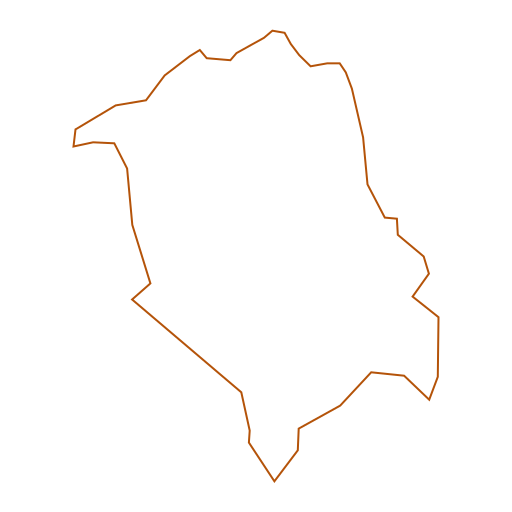 outline of Librazhd, Elbasan, Albania
{"feature_id": "67620474B87569046172350", "entity_name": "Librazhd", "entity_type": "district", "adm_level": 2, "iso_a3": "ALB", "parent_name": "Albania", "parent_adm1": "Elbasan", "projection": "albers", "projection_center": [20.392, 41.155], "detail": "fine", "context": "isolated", "style": "outline", "palette": "amber", "viewbox_px": 512, "rotation_deg": 0, "n_neighbors": 0, "source": "geoboundaries", "source_scale": "gbopen_adm2", "svg_char_len": 682}
<svg xmlns="http://www.w3.org/2000/svg" viewBox="0 0 512 512"><path d="M164.7,75.4L146.0,100.3L115.7,105.4L75.5,129.4L73.5,146.5L93.1,142.3L114.3,143.3L127.1,168.5L132.3,224.9L150.4,283.4L132.1,299.5L241.3,392.3L249.7,430.6L248.9,442.6L274.4,481.3L297.8,450.3L298.7,428.6L340.2,405.6L371.2,372.3L404.1,375.7L429.2,399.7L437.8,376.8L438.5,317.2L412.6,296.6L428.9,273.7L423.7,256.5L397.8,234.8L396.9,218.7L384.8,217.6L367.5,184.4L363.1,137.4L351.9,88.7L345.8,72.4L339.7,63.3L327.4,63.3L310.6,66.3L299.2,55.1L290.8,44.0L284.6,32.8L272.4,30.7L264.0,37.8L251.0,45.0L236.5,53.1L230.4,60.2L206.7,58.2L199.8,50.0L189.9,56.1L164.7,75.4Z" fill="none" stroke="#b45309" stroke-width="2"/></svg>